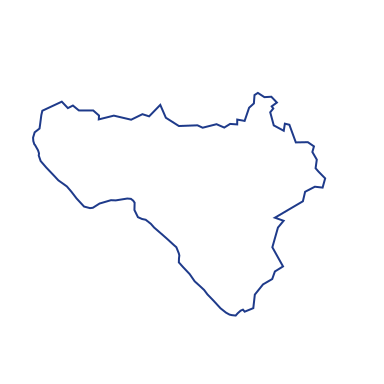 outline of Pehchevo, Pehčevo, North Macedonia, rotated 159°
{"feature_id": "65306769B44883072269450", "entity_name": "Pehchevo", "entity_type": "district", "adm_level": 2, "iso_a3": "MKD", "parent_name": "North Macedonia", "parent_adm1": "Pehčevo", "projection": "mercator", "projection_center": [22.916, 41.784], "detail": "fine", "context": "isolated", "style": "outline", "palette": "blue", "viewbox_px": 384, "rotation_deg": 159, "n_neighbors": 0, "source": "geoboundaries", "source_scale": "gbopen_adm2", "svg_char_len": 1552}
<svg xmlns="http://www.w3.org/2000/svg" viewBox="0 0 384 384"><g transform="rotate(159 192 192)"><path d="M302.6,321.5L305.1,317.8L309.6,309.5L311.6,305.9L317.5,304.1L320.9,299.7L321.9,296.4L322.1,293.0L321.7,292.1L320.8,286.0L321.0,282.8L322.0,281.0L322.2,275.1L319.3,267.1L315.1,257.0L312.6,250.8L306.8,242.0L304.5,235.5L302.1,227.4L298.0,217.1L293.0,213.5L290.2,212.8L282.3,214.4L281.7,214.3L270.6,213.4L266.2,211.5L254.8,209.1L251.5,207.5L250.0,205.0L249.4,202.6L252.2,195.8L251.5,187.9L248.3,184.7L245.2,182.7L241.8,177.0L240.1,172.4L236.8,166.2L232.5,158.1L227.8,148.7L226.4,146.1L226.3,139.4L226.6,137.2L227.9,134.8L229.5,131.0L227.3,125.2L223.6,116.2L221.5,107.6L219.2,103.1L215.8,96.2L214.3,90.9L210.8,82.7L207.1,73.3L203.5,67.2L200.9,64.1L199.0,62.8L195.5,61.0L192.8,62.4L189.1,63.8L186.6,63.9L185.7,61.4L176.4,61.6L170.1,73.7L158.8,80.3L148.3,82.0L143.1,88.1L133.7,89.9L136.8,111.6L124.5,128.0L116.8,132.3L123.8,138.3L91.8,143.6L86.3,151.7L75.4,152.9L68.5,149.3L62.8,157.0L66.6,165.7L68.1,169.9L63.9,177.5L65.3,186.2L61.8,190.9L66.0,197.0L77.3,201.1L77.0,219.9L80.8,222.5L84.4,216.3L91.8,224.9L90.4,238.4L86.2,240.8L86.9,243.4L80.7,245.1L83.8,252.5L90.4,254.6L95.0,260.9L98.9,260.1L102.5,252.5L108.5,250.2L117.4,239.5L123.8,243.4L125.6,238.9L132.0,241.9L138.8,240.6L144.8,246.5L159.0,248.2L163.0,252.3L180.6,258.3L189.8,270.7L190.4,284.7L204.9,278.0L210.4,282.4L222.9,281.3L237.6,291.3L253.0,293.2L251.4,296.7L255.0,303.5L268.4,308.7L272.2,315.4L277.8,314.8L281.2,323.0L302.6,321.5Z" fill="none" stroke="#1e3a8a" stroke-width="2"/></g></svg>